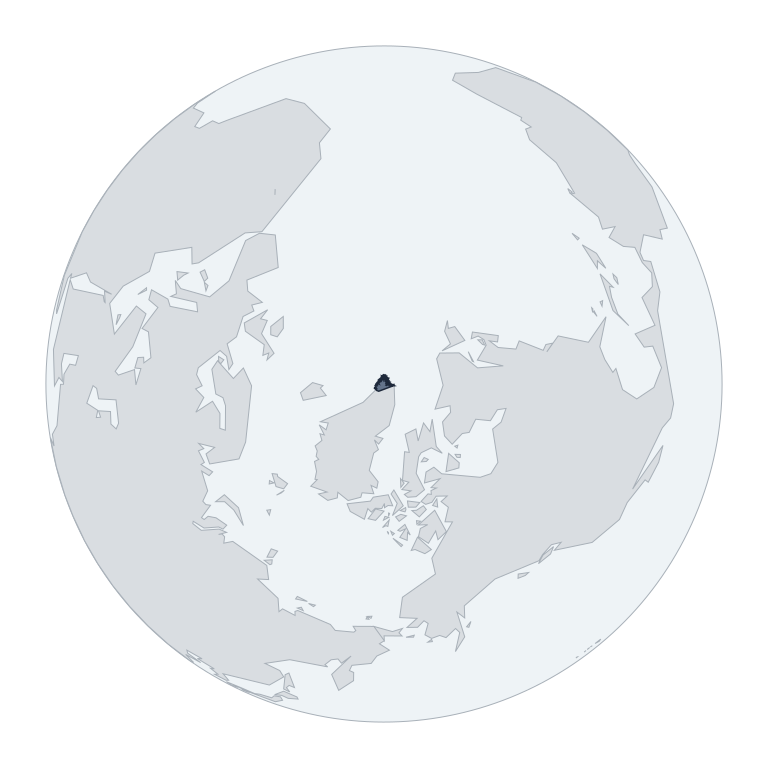 the Earth from above Kommune Kujalleq, rotated 203°
{"feature_id": "GRL-2740", "entity_name": "Kommune Kujalleq", "entity_type": "state/province", "adm_level": 1, "iso_a3": "GRL", "parent_name": "Greenland", "parent_adm1": "", "projection": "orthographic", "projection_center": [-44.745, 61.276], "detail": "fine", "context": "on_globe", "style": "filled", "palette": "slate", "viewbox_px": 768, "rotation_deg": 203, "n_neighbors": 0, "source": "natural_earth", "source_scale": "10m", "svg_char_len": 16142}
<svg xmlns="http://www.w3.org/2000/svg" viewBox="0 0 768 768"><g transform="rotate(203 384 384)"><circle cx="384" cy="384" r="338" fill="#eef3f6" stroke="#a8b0b8"/><path d="M250.9,694.6L247.5,690.8L239.0,685.1L214.3,670.1L184.1,638.2L190.3,633.9L184.5,626.1L203.4,622.8L199.8,605.2L193.4,599.1L186.3,601.0L166.0,576.6L160.8,558.4L109.7,479.0L106.9,464.7L110.7,452.4L114.1,384.4L103.2,436.5L100.6,419.3L102.4,396.8L106.2,397.8L113.8,369.9L114.3,351.3L130.5,319.5L162.2,297.5L159.1,307.5L167.1,301.5L171.4,288.8L172.3,281.9L205.6,247.9L223.4,211.2L218.3,200.2L227.8,202.6L210.9,182.8L213.7,165.6L217.2,184.9L222.6,186.9L227.8,174.8L234.5,174.3L240.8,168.4L248.3,169.1L249.8,180.8L254.7,181.7L258.0,173.2L267.7,168.9L262.0,181.2L278.3,175.1L283.7,194.9L262.4,229.2L271.9,242.3L267.1,283.8L274.0,281.0L276.6,295.7L285.5,298.1L282.1,305.6L292.2,301.1L293.7,293.8L298.6,289.5L304.0,290.4L300.6,300.0L297.3,300.9L299.1,304.2L295.1,308.7L300.2,307.0L295.4,318.8L308.1,308.7L310.9,319.4L305.6,326.9L295.8,323.9L259.0,335.7L250.6,343.2L248.5,356.3L266.4,385.0L261.3,394.6L262.1,409.2L269.6,404.6L271.7,391.8L285.8,387.4L286.7,372.7L292.6,369.0L297.7,355.2L308.0,359.8L315.3,372.0L311.6,383.9L314.7,389.8L327.2,380.8L329.1,405.9L345.4,427.8L344.7,434.3L327.0,442.0L304.2,435.4L281.3,447.3L307.4,442.5L305.1,459.6L309.4,463.9L316.1,464.9L321.4,459.7L322.9,466.4L297.7,473.2L295.9,467.1L303.9,464.9L293.2,462.2L276.2,467.7L276.4,476.5L250.6,477.2L250.4,483.6L244.6,487.6L246.7,477.2L242.5,496.3L212.1,502.3L205.9,532.7L199.9,502.6L190.3,492.8L177.9,484.1L176.6,488.9L162.2,472.0L145.5,469.0L134.2,486.3L134.9,507.5L151.4,523.9L158.9,519.6L172.4,528.2L157.5,543.9L180.3,564.4L175.0,578.5L181.0,590.9L193.7,596.7L206.5,607.8L217.4,604.2L234.1,606.8L232.8,619.2L243.4,611.9L251.8,621.5L286.2,632.0L283.1,634.1L311.8,655.0L345.4,665.7L353.2,674.0L348.9,678.1L361.2,680.3L361.4,683.1L412.0,687.1L439.6,690.4L439.8,698.0L418.8,707.7L404.8,718.9L368.5,720.8L362.6,721.2L333.9,718.2L305.6,712.7L277.9,704.8L250.9,694.6ZM85.4,231.2L88.3,227.6L84.8,233.9L85.4,231.2ZM91.2,222.7L90.0,224.5L91.3,222.5L91.2,222.7ZM93.0,219.5L91.7,221.8L92.9,219.4L93.0,219.5ZM95.0,215.4L94.0,217.5L94.0,217.4L95.0,215.4ZM201.9,541.1L228.2,569.8L210.8,562.6L214.6,562.0L208.4,552.7L196.1,539.8L181.5,533.4L201.9,541.1ZM99.2,208.5L100.3,206.7L99.6,208.3L99.2,208.5ZM219.1,533.4L214.3,529.5L219.3,532.2L219.1,533.4ZM171.6,279.0L170.8,288.6L164.4,300.6L164.3,292.6L171.6,279.0ZM184.7,257.5L186.2,261.5L177.2,267.0L179.1,263.0L184.7,257.5ZM213.1,192.8L211.2,199.4L210.8,193.2L213.1,192.8ZM240.4,167.5L238.8,165.8L242.8,163.5L240.4,167.5ZM291.7,353.6L294.6,354.4L292.1,356.6L291.7,353.6ZM291.1,347.0L286.1,349.0L285.1,346.1L288.2,345.0L291.1,347.0ZM257.9,162.5L264.8,159.5L258.0,164.6L257.9,162.5ZM297.4,345.4L284.0,340.9L282.3,336.0L292.7,327.6L297.4,345.4ZM268.9,159.1L285.5,152.2L283.4,147.8L298.6,156.9L279.5,159.4L271.5,166.2L273.0,160.8L268.9,159.1ZM291.8,291.2L290.5,298.9L286.5,291.7L291.8,291.2ZM288.0,287.6L268.9,272.5L273.5,261.8L279.0,268.9L280.9,254.7L292.6,256.9L294.1,265.2L288.8,271.6L297.3,267.6L288.0,287.6ZM304.4,163.2L308.6,163.5L304.4,165.5L304.4,163.2ZM300.2,287.3L296.0,285.0L299.6,275.5L308.9,278.4L304.7,280.5L300.2,287.3ZM275.7,250.1L280.1,243.8L290.7,243.8L293.9,241.4L293.3,256.1L275.7,250.1ZM306.6,283.1L313.5,280.1L316.7,285.5L304.7,288.9L306.6,283.1ZM296.7,272.0L298.9,267.7L300.7,270.9L296.7,272.0ZM331.9,303.4L326.7,300.6L328.1,295.4L331.9,303.4ZM315.8,278.7L314.7,276.8L314.7,274.5L319.7,273.8L315.8,278.7ZM300.8,255.2L304.3,256.6L301.6,249.1L309.5,249.0L307.6,259.0L311.7,254.7L314.1,254.7L309.9,262.9L300.8,255.2ZM324.8,266.2L325.2,279.3L334.5,285.5L333.5,290.3L318.7,279.4L324.8,266.2ZM316.4,263.5L321.4,266.2L317.6,270.6L311.8,271.4L316.4,263.5ZM315.5,245.5L303.9,243.0L304.7,241.0L315.5,245.5ZM328.3,267.1L328.1,264.0L329.4,267.0L328.3,267.1ZM320.2,251.1L316.0,250.4L317.1,248.1L320.2,251.1ZM331.3,258.4L331.4,262.5L327.5,263.1L331.3,258.4ZM326.9,254.3L329.3,251.3L326.1,260.9L324.8,254.4L326.9,254.3ZM321.9,249.0L321.1,247.4L323.5,249.6L321.9,249.0ZM346.0,253.8L342.9,265.7L334.3,267.0L338.5,255.2L346.0,253.8ZM598.8,123.1L599.8,124.1L618.7,141.0L634.5,157.2L653.3,179.9L670.0,204.1L670.1,204.3L663.5,198.0L669.6,208.2L668.7,217.8L681.6,257.3L678.9,258.5L682.4,268.0L681.0,279.5L675.2,280.7L676.4,290.7L690.6,287.1L688.8,276.5L681.0,260.7L685.8,263.0L686.6,253.5L701.8,286.7L713.6,357.4L707.2,350.0L677.1,355.8L673.8,350.6L673.3,350.3L672.5,350.0L677.5,360.2L669.8,360.2L694.0,363.2L701.3,370.1L713.9,358.9L714.5,363.8L716.3,357.8L712.8,320.6L714.4,324.6L720.7,359.2L721.2,406.1L718.7,430.5L714.4,454.7L708.4,478.6L700.7,501.9L691.3,524.6L680.2,546.6L667.6,567.7L653.5,587.9L665.4,569.8L667.3,563.5L655.7,563.2L658.8,547.0L653.8,547.2L644.6,559.3L637.8,559.2L631.4,565.5L585.7,608.4L566.9,611.2L533.0,597.8L537.7,580.8L530.1,566.8L555.9,476.5L570.9,468.8L602.0,423.1L607.6,419.5L614.3,434.7L645.9,415.0L643.9,396.0L662.3,372.2L668.0,351.0L651.7,324.6L642.4,359.0L630.5,355.6L629.8,320.1L636.4,290.6L632.0,288.4L619.3,299.8L612.0,286.2L613.8,303.2L619.6,301.4L620.9,312.2L615.7,314.7L613.3,309.6L608.8,317.1L621.2,340.0L628.4,340.6L622.0,366.1L633.4,369.7L634.8,379.9L616.1,377.7L611.2,371.9L583.8,377.6L588.3,385.9L614.5,381.3L610.3,385.9L616.6,397.8L608.4,392.4L578.5,396.1L567.0,418.4L567.4,462.0L557.5,474.1L542.3,478.7L526.9,449.9L550.8,426.1L545.7,416.3L527.9,411.6L536.6,405.0L532.3,400.4L540.1,391.1L538.2,369.8L544.1,359.7L531.1,343.8L532.4,336.7L539.7,348.0L548.0,350.8L561.3,326.4L560.2,319.4L550.7,311.3L555.5,305.9L544.6,301.2L546.2,284.5L535.1,301.1L523.5,292.8L517.8,279.0L512.0,279.5L521.4,302.1L526.9,308.5L534.9,309.1L548.2,330.3L546.3,340.4L524.8,330.2L519.7,343.8L505.2,330.6L488.7,276.5L488.2,258.4L513.2,242.3L520.5,250.1L515.1,259.5L531.4,256.9L524.6,254.1L528.7,250.0L518.7,241.6L521.0,238.3L507.4,236.2L509.2,231.3L517.8,232.6L504.6,216.8L505.0,205.3L500.8,203.4L496.3,204.6L499.8,189.7L496.6,189.0L494.2,193.5L486.3,195.2L473.6,192.6L475.5,187.5L480.3,187.8L493.4,181.1L506.0,183.1L505.5,180.8L495.0,177.9L479.1,186.0L470.9,185.9L477.5,180.9L474.4,182.7L471.0,181.1L469.3,174.9L461.7,180.0L421.0,171.2L413.8,158.9L424.2,155.1L397.8,145.3L391.7,133.4L389.5,137.4L375.4,136.2L377.1,139.9L374.9,141.8L339.4,141.7L332.6,138.1L314.8,143.8L313.6,146.0L317.7,148.9L298.6,156.9L283.4,147.8L286.7,143.1L275.0,141.1L284.3,130.8L286.6,121.8L303.6,112.5L303.9,106.7L299.2,106.6L296.1,99.0L306.0,84.3L318.7,96.2L308.0,120.7L314.1,110.4L318.9,112.9L324.9,109.5L328.7,102.6L325.3,101.6L363.0,93.4L384.4,80.3L368.0,79.5L361.9,75.2L371.9,62.1L418.9,54.4L411.3,50.6L413.7,49.6L426.5,50.6L423.5,52.0L432.6,54.5L428.9,55.5L448.5,58.4L444.1,60.0L461.5,62.0L459.5,59.5L443.9,55.9L460.9,57.6L450.4,53.3L453.9,53.4L455.2,53.7L481.1,60.3L506.5,69.1L531.1,79.8L554.8,92.4L577.4,106.9L598.8,123.1ZM558.3,515.5L560.3,520.7L560.3,520.8L558.3,515.5ZM651.2,268.8L650.1,250.2L637.2,247.9L635.7,240.7L631.9,242.7L636.3,247.8L625.0,251.8L619.7,240.4L613.0,238.0L613.0,244.2L624.5,264.7L640.9,258.8L646.8,267.7L651.2,268.8ZM287.3,632.2L291.2,635.7L285.6,634.2L287.3,632.2ZM207.2,567.1L213.4,570.8L216.2,574.7L211.2,572.8L207.2,567.1ZM262.1,592.3L269.8,596.2L261.3,594.5L262.1,592.3ZM232.7,573.7L255.9,589.6L239.5,587.3L225.0,577.2L235.7,580.8L232.7,573.7ZM213.7,540.8L217.2,544.0L215.3,546.2L213.7,540.8ZM222.7,535.4L221.1,534.8L219.9,531.4L222.7,535.4ZM306.6,459.2L308.7,458.9L314.9,461.3L310.9,463.0L306.6,459.2ZM348.8,456.2L350.4,467.2L346.5,460.3L341.3,464.5L326.6,455.7L343.5,437.2L338.5,446.9L348.8,456.2ZM311.7,439.5L319.1,446.7L310.3,439.5L311.7,439.5ZM500.7,385.7L507.5,385.1L510.7,392.7L503.1,406.8L498.4,395.8L500.7,385.7ZM516.4,382.5L497.2,369.3L501.1,360.4L502.2,367.5L506.7,363.0L509.6,373.4L532.2,378.4L536.5,385.6L520.1,406.9L523.1,395.8L516.3,396.9L516.4,382.5ZM441.0,355.4L432.7,350.8L452.0,337.4L457.5,343.4L450.3,357.4L439.5,358.7L441.0,355.4ZM318.3,332.0L313.8,331.9L314.8,329.2L319.3,326.9L318.3,332.0ZM329.3,302.5L338.6,329.7L334.0,330.9L344.9,346.0L337.1,355.1L330.3,344.9L332.4,363.6L323.1,358.1L325.9,370.5L311.5,346.9L303.3,343.0L315.5,343.7L322.9,335.3L323.7,330.6L319.5,314.4L305.4,302.5L310.5,292.8L317.9,289.0L322.1,290.3L317.4,296.2L326.3,293.8L322.8,303.3L329.3,302.5ZM401.3,257.2L394.2,262.3L411.5,261.3L408.1,269.9L410.3,269.3L411.9,277.1L417.7,285.6L414.6,289.1L418.2,290.9L419.3,296.3L423.2,300.1L419.1,307.8L423.5,313.2L419.0,313.8L427.7,321.1L419.4,319.2L420.1,326.3L427.8,324.4L396.1,358.9L389.2,375.6L388.0,390.9L373.9,386.2L366.0,369.2L363.0,347.7L371.6,332.6L363.7,333.5L365.5,326.6L371.0,328.8L363.5,321.4L366.5,316.4L363.8,298.7L351.2,291.7L349.9,285.3L356.3,285.6L350.5,279.0L361.7,275.3L361.1,270.7L371.5,262.7L384.2,266.3L382.5,260.9L390.3,254.9L401.3,257.2ZM349.2,251.8L365.3,253.5L371.2,259.3L350.7,270.9L349.7,275.6L336.8,283.7L328.4,275.3L332.8,273.7L335.2,270.3L336.9,274.2L337.4,268.5L343.5,266.2L345.6,261.1L350.2,263.0L349.2,251.8ZM607.7,409.6L610.9,405.9L614.5,399.0L618.5,406.6L607.7,409.6ZM587.6,412.6L589.5,408.2L597.0,415.1L593.7,419.1L587.6,412.6ZM584.3,400.2L589.1,407.4L584.5,405.9L584.3,400.2ZM540.9,343.7L542.2,338.9L544.9,340.1L547.1,344.7L540.9,343.7ZM452.0,257.8L447.0,259.3L445.8,257.3L433.8,254.6L435.4,248.3L443.3,247.4L452.0,257.8ZM653.8,333.9L655.9,343.7L653.4,345.1L653.2,341.5L653.8,333.9ZM639.2,377.6L645.6,370.2L640.2,379.8L639.2,377.6ZM451.7,250.4L446.6,250.0L450.6,247.1L451.7,250.4ZM436.0,243.6L439.5,239.7L434.2,247.2L436.0,243.6ZM458.1,198.8L473.0,209.3L484.7,213.4L493.0,209.9L487.7,219.7L469.6,213.3L458.1,198.8ZM425.4,174.9L418.2,178.5L417.0,174.5L418.4,173.1L425.4,174.9ZM424.1,178.9L423.4,188.2L416.6,188.6L418.4,181.1L424.1,178.9ZM438.3,218.5L442.6,222.0L439.2,224.1L438.3,218.5ZM395.1,47.1L395.4,47.7L387.0,47.6L389.2,47.2L395.1,47.1ZM359.9,49.1L384.9,47.9L404.9,48.1L400.1,47.5L407.1,47.2L412.8,48.4L396.7,48.6L382.0,48.5L377.1,49.9L364.7,51.3L363.3,54.0L357.0,55.6L353.8,53.2L359.9,49.1ZM363.3,55.3L356.3,62.0L341.8,61.9L340.0,60.4L349.4,57.2L356.5,57.4L363.3,55.3ZM350.4,63.7L357.2,64.1L361.4,77.8L358.6,80.8L347.8,69.6L353.6,69.5L355.2,66.4L350.4,63.7ZM308.7,160.7L308.6,163.2L305.9,161.5L308.7,160.7ZM376.2,143.9L372.9,146.2L369.8,143.8L376.2,143.9ZM361.9,151.5L367.7,152.5L360.8,153.6L361.9,151.5ZM380.8,154.6L369.6,153.9L381.4,151.6L380.8,154.6Z" fill="#d9dde1" stroke="#a8b0b8" stroke-width="1"/><path d="M388.3,375.2L388.4,375.5L389.5,375.9L389.6,376.2L389.8,375.9L390.4,376.2L390.6,376.6L390.5,376.8L390.0,376.4L390.2,376.8L390.5,377.2L390.8,377.0L390.8,377.3L391.1,377.3L390.6,377.4L389.5,376.7L388.8,376.6L388.8,376.8L389.4,377.1L389.9,377.7L390.8,377.7L390.6,378.0L390.8,378.3L390.7,378.7L390.7,379.0L390.1,379.4L390.4,379.5L390.1,379.9L390.7,379.5L391.3,379.5L391.0,380.1L390.5,380.1L391.1,380.4L390.7,381.0L390.0,381.2L389.5,380.7L389.2,381.0L389.5,380.9L390.0,381.4L391.0,381.3L390.6,381.5L390.8,381.8L390.4,381.8L390.6,381.9L390.4,381.9L390.5,382.2L388.7,382.1L389.1,382.4L390.2,382.4L390.2,382.7L390.3,382.9L390.4,383.0L390.5,382.9L390.6,383.1L389.8,383.7L390.0,383.8L388.2,383.6L389.6,383.9L389.2,384.1L389.9,384.0L390.2,384.4L389.6,384.5L389.2,384.3L388.4,384.3L389.8,384.7L390.0,384.9L387.2,384.8L389.0,385.1L388.9,385.2L389.8,385.2L389.6,385.3L390.0,385.5L389.5,385.5L389.6,385.8L389.8,385.9L388.9,386.3L387.6,385.9L387.6,386.1L389.6,386.7L387.5,386.5L389.7,387.1L389.2,387.6L388.2,387.5L388.3,387.6L389.3,387.8L389.3,387.7L389.8,387.4L389.6,387.8L388.6,387.9L389.6,388.0L388.6,388.2L388.9,388.5L388.2,388.2L388.7,388.7L388.4,388.7L387.5,388.3L387.0,387.2L387.0,387.5L387.3,388.2L385.9,388.0L385.7,387.7L385.7,387.9L385.6,388.0L386.6,388.3L386.7,388.9L386.8,388.6L387.0,388.4L388.1,388.8L387.4,389.7L387.8,389.4L388.1,389.5L387.9,389.3L388.0,389.2L388.6,389.1L388.6,389.4L388.0,389.3L388.8,389.6L388.6,389.8L388.8,390.0L388.4,389.9L388.1,390.2L388.8,390.3L388.6,390.3L388.8,390.5L388.5,390.5L388.8,390.7L388.9,390.9L388.8,391.0L387.4,390.7L387.3,390.4L387.2,390.6L386.2,390.4L385.7,390.5L385.7,390.2L386.2,389.7L385.9,389.2L385.9,389.8L385.7,390.0L385.4,389.6L385.5,390.2L385.3,390.1L385.4,390.4L384.8,390.7L384.5,391.6L384.2,391.4L384.2,390.9L384.1,391.5L383.8,391.4L383.6,390.8L383.7,390.6L383.5,390.9L383.7,391.4L383.3,391.3L383.4,391.1L383.2,390.9L382.7,391.0L383.0,390.6L384.0,390.3L383.7,390.2L384.6,388.9L384.8,388.2L383.7,389.9L383.6,390.2L383.0,390.4L382.7,390.7L382.8,390.4L382.6,390.5L382.7,390.3L383.5,389.6L383.4,389.4L383.7,388.7L383.4,388.7L383.9,388.1L383.9,387.7L384.3,387.2L383.8,387.5L383.7,388.1L383.3,388.6L382.6,388.9L382.4,388.8L382.5,388.5L383.1,387.6L382.6,387.8L382.6,388.1L381.8,388.6L382.2,387.9L382.9,387.2L382.4,387.5L382.3,387.2L382.2,387.7L381.9,387.8L381.9,388.2L381.6,388.7L381.5,388.3L381.3,388.4L381.5,388.0L381.1,388.0L381.5,387.7L381.0,387.8L380.9,388.3L380.8,388.2L380.7,388.4L380.6,388.1L380.4,388.1L381.6,387.4L380.8,387.4L381.6,387.0L381.5,386.9L382.2,386.2L382.5,386.2L382.2,386.0L382.3,385.7L382.1,385.6L382.1,385.9L381.2,387.0L380.7,387.0L380.7,386.9L381.1,386.6L380.8,386.5L380.4,386.6L380.3,387.2L379.8,387.1L379.8,386.9L380.2,386.8L380.8,386.2L379.9,386.6L380.7,386.0L381.8,385.7L382.5,385.0L382.7,384.5L382.2,385.1L381.8,384.2L381.9,385.0L381.5,385.5L381.0,385.9L380.3,386.1L380.2,386.0L380.3,386.0L380.1,385.7L381.3,385.2L381.1,385.0L381.3,384.9L381.2,384.8L381.5,384.8L381.1,384.7L380.8,384.3L381.3,383.7L381.0,383.7L380.6,384.2L380.1,384.1L380.9,384.7L380.6,384.8L380.7,385.0L380.3,385.3L379.6,385.1L380.1,385.5L379.7,385.7L379.6,385.3L379.2,385.0L379.3,385.3L379.1,385.3L379.2,385.5L378.8,385.5L378.9,385.8L378.5,385.6L378.7,386.1L378.6,385.9L378.5,386.1L378.3,385.8L378.4,386.1L377.9,385.9L378.4,386.2L377.9,386.7L377.7,386.7L377.8,386.5L377.6,386.6L378.0,386.2L377.4,386.4L377.4,386.2L377.8,385.9L377.3,385.8L377.5,385.7L376.8,386.1L376.7,385.7L376.0,386.1L375.4,385.9L375.1,386.2L375.5,386.2L375.3,386.3L376.1,386.1L376.6,386.3L376.3,386.5L374.8,386.3L374.8,386.1L374.5,386.4L374.0,386.4L375.4,385.6L375.6,385.4L375.0,385.4L375.8,385.0L386.0,375.3L388.3,375.2ZM386.0,390.5L388.8,391.1L388.7,391.3L388.5,391.5L388.1,391.1L387.4,391.0L387.7,391.3L387.4,391.9L387.2,391.5L387.0,391.8L386.4,391.5L387.0,391.1L386.4,391.2L385.8,390.7L386.0,390.5ZM386.3,391.6L387.3,392.4L386.8,392.6L386.8,392.2L386.5,392.7L386.4,392.6L386.5,392.1L386.2,392.6L385.9,392.5L386.3,391.6ZM375.1,386.9L375.6,386.9L374.9,387.3L374.9,387.0L374.4,387.1L374.0,386.5L374.6,386.4L375.3,386.6L375.1,386.9ZM378.8,386.8L378.0,386.9L379.8,385.9L379.9,386.1L378.8,386.8ZM382.8,389.3L382.7,389.9L382.0,390.4L382.2,389.2L382.8,389.3ZM385.2,391.6L384.9,391.8L385.1,391.0L384.7,391.5L384.9,390.7L385.3,390.8L385.6,391.2L385.3,391.7L385.2,391.5L385.3,391.3L385.2,391.3L385.2,391.6ZM386.2,391.6L385.8,392.1L385.7,391.6L385.6,392.1L385.2,392.3L385.0,392.1L385.6,391.4L386.2,391.6ZM378.9,387.3L379.7,387.0L379.2,387.2L379.4,387.5L378.9,387.3ZM388.0,391.3L388.0,391.8L387.8,391.7L387.6,392.0L387.8,391.3L388.0,391.3ZM390.6,376.2L391.0,376.2L391.1,376.6L390.8,376.6L390.6,376.2ZM385.8,391.3L385.5,390.8L385.6,390.5L385.8,391.0L386.2,391.2L385.8,391.3ZM389.4,386.1L390.1,386.1L389.1,386.3L389.4,386.1ZM391.4,380.3L391.4,380.6L391.2,380.7L391.3,380.9L390.9,381.0L391.4,380.3ZM380.4,387.8L380.5,387.5L381.0,387.6L380.4,387.8ZM380.6,387.3L380.4,387.4L380.1,387.7L379.8,387.5L379.9,387.4L380.6,387.3ZM382.9,389.7L383.3,388.9L383.5,388.9L383.2,389.5L382.9,389.7ZM383.1,389.3L382.9,389.2L383.3,388.9L383.1,389.3ZM388.5,391.6L388.3,391.9L388.2,391.7L388.1,392.0L388.2,391.5L388.5,391.6ZM378.9,385.6L379.2,385.7L379.2,385.9L378.9,385.9L378.9,385.6ZM379.5,386.6L379.3,386.8L379.2,386.7L379.4,386.6L379.5,386.6ZM378.5,387.1L378.8,386.9L378.9,387.0L378.5,387.1ZM377.2,386.5L377.0,386.4L377.3,386.3L377.2,386.5ZM376.5,386.7L376.9,386.8L376.5,386.7ZM382.4,390.7L382.5,390.4L382.6,390.5L382.4,390.7ZM384.4,391.7L384.6,391.6L384.6,391.8L384.4,391.7ZM390.3,382.9L390.6,382.6L390.4,382.9L390.3,382.9ZM382.1,388.7L382.1,389.0L382.1,388.7ZM377.0,386.2L377.2,385.9L377.3,385.9L377.3,386.1L377.0,386.2ZM377.4,386.6L377.5,386.8L377.4,386.7L377.4,386.6ZM377.0,386.2L376.9,386.4L376.9,386.2L377.0,386.2ZM376.9,386.6L377.0,386.5L376.9,386.6ZM377.4,386.1L377.5,386.0L377.7,385.9L377.6,386.0L377.4,386.1Z" fill="#64748b" stroke="#1e293b" stroke-width="1.5"/></g></svg>